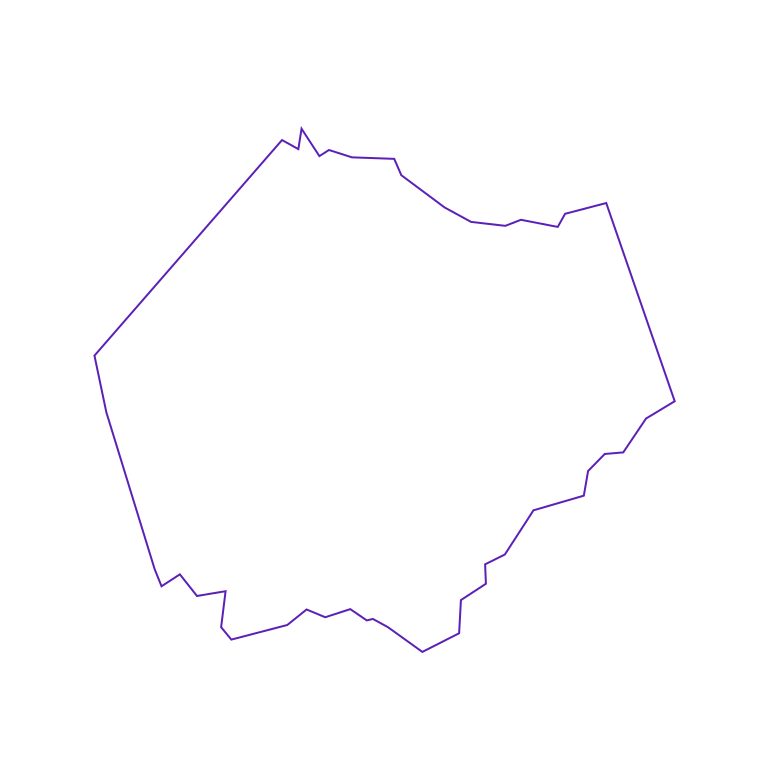 Dinwiddie, Virginia, United States of America (Natural Earth projection), rotated 164°
{"feature_id": "52423323B1471868518532", "entity_name": "Dinwiddie", "entity_type": "district", "adm_level": 2, "iso_a3": "USA", "parent_name": "United States of America", "parent_adm1": "Virginia", "projection": "natural_earth1", "projection_center": [-77.642, 37.072], "detail": "fine", "context": "isolated", "style": "outline", "palette": "violet", "viewbox_px": 768, "rotation_deg": 164, "n_neighbors": 0, "source": "geoboundaries", "source_scale": "gbopen_adm2", "svg_char_len": 706}
<svg xmlns="http://www.w3.org/2000/svg" viewBox="0 0 768 768"><g transform="rotate(164 384 384)"><path d="M601.2,180.4L543.4,179.0L520.6,188.6L504.8,176.0L478.5,176.9L465.7,161.5L459.4,161.2L447.2,149.1L421.0,115.9L380.5,123.7L369.6,155.1L341.1,163.9L336.5,182.8L314.8,186.8L275.1,221.4L222.7,221.6L211.8,244.1L191.1,255.9L172.9,252.3L141.6,278.6L109.3,287.3L120.5,496.7L163.0,497.7L173.7,487.1L207.1,504.1L223.8,502.6L255.6,515.8L277.0,536.9L309.8,579.9L312.1,597.6L352.3,610.7L372.4,624.1L383.3,620.9L392.9,652.1L401.6,633.4L414.8,646.6L654.5,491.1L658.7,433.4L655.5,269.2L653.6,250.9L632.7,257.3L622.2,231.8L593.4,228.5L607.6,195.1L601.2,180.4Z" fill="none" stroke="#5b21b6" stroke-width="2"/></g></svg>